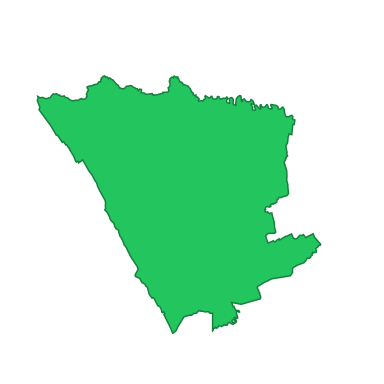 Phra Phrom, Nakhon Si Thammarat, Thailand (Natural Earth projection), rotated 162°
{"feature_id": "78962969B31932959470033", "entity_name": "Phra Phrom", "entity_type": "district", "adm_level": 2, "iso_a3": "THA", "parent_name": "Thailand", "parent_adm1": "Nakhon Si Thammarat", "projection": "natural_earth1", "projection_center": [99.929, 8.325], "detail": "fine", "context": "isolated", "style": "filled", "palette": "green", "viewbox_px": 384, "rotation_deg": 162, "n_neighbors": 0, "source": "geoboundaries", "source_scale": "gbopen_adm2", "svg_char_len": 5977}
<svg xmlns="http://www.w3.org/2000/svg" viewBox="0 0 384 384"><g transform="rotate(162 192 192)"><path d="M309.2,330.6L309.3,329.0L310.9,326.7L310.5,319.4L312.1,317.6L305.9,298.9L303.5,288.0L302.4,287.8L300.1,279.3L298.4,279.6L297.5,275.7L296.6,275.6L295.9,272.5L294.9,271.5L295.4,270.8L293.4,262.2L293.1,257.4L292.7,256.1L291.0,256.5L290.7,254.7L286.0,256.3L283.5,243.7L281.9,239.5L280.7,232.5L279.9,230.4L280.0,226.7L279.3,221.4L277.2,210.7L277.6,208.3L279.0,204.7L279.0,203.4L280.5,201.9L279.0,198.9L278.2,194.4L278.2,191.4L277.5,189.1L275.9,186.2L276.2,183.0L275.6,180.5L273.7,178.5L274.2,175.9L274.0,174.2L274.3,172.9L273.3,169.8L272.7,164.2L272.9,162.5L272.2,161.5L271.7,159.4L270.3,149.5L267.1,138.0L267.0,135.1L271.4,131.1L272.0,129.6L271.3,128.5L268.8,126.4L268.1,125.0L267.9,122.7L267.2,120.7L266.5,120.4L265.3,118.9L265.0,118.0L265.3,117.2L264.1,115.6L263.9,114.6L264.3,107.9L262.7,103.3L261.4,103.5L261.0,103.0L259.8,95.0L259.2,93.9L258.0,92.9L257.5,89.9L257.8,87.2L257.2,86.3L256.0,86.7L255.6,85.6L255.5,84.6L256.6,84.2L254.4,69.2L254.1,63.7L253.0,63.7L250.3,64.8L247.2,68.1L238.1,75.8L232.9,75.6L230.4,74.9L228.2,75.9L225.1,75.4L222.2,77.0L221.9,76.6L220.7,76.5L220.5,75.9L218.5,75.2L216.5,73.8L213.9,73.3L213.0,72.6L212.9,71.7L212.2,71.1L209.9,70.3L215.3,53.6L214.7,53.9L213.7,55.7L211.9,55.4L211.4,56.1L210.5,54.8L208.9,55.5L208.0,56.4L206.1,55.8L205.4,54.9L202.6,55.5L202.4,56.0L201.4,54.9L200.7,54.7L200.3,55.1L199.5,54.6L198.2,56.3L197.6,56.5L196.5,56.0L194.0,53.4L191.8,54.0L192.4,54.4L192.7,55.1L193.6,55.5L193.8,57.2L193.6,57.6L192.8,57.9L191.0,57.3L191.3,56.3L190.8,56.0L191.0,55.4L190.2,54.6L189.7,55.2L189.9,57.3L190.8,58.6L190.8,59.3L189.1,59.2L189.0,58.4L188.2,57.9L187.4,58.2L187.1,60.7L187.5,62.0L186.5,64.5L185.3,64.3L184.4,63.1L183.8,63.2L184.0,64.4L184.6,65.1L186.0,65.4L187.1,66.5L187.5,70.3L188.3,70.3L188.5,70.7L188.3,73.1L188.5,74.7L179.9,70.0L160.0,69.3L159.2,70.7L159.0,72.7L159.3,73.5L158.8,75.3L159.3,76.0L159.1,77.2L159.5,80.4L159.2,81.7L151.9,83.5L143.0,84.8L124.3,81.9L121.3,84.3L120.2,87.8L118.9,88.9L114.2,89.9L107.4,90.1L105.3,91.3L102.7,93.7L101.3,92.6L99.5,93.0L99.3,94.0L97.1,94.8L96.7,96.6L96.1,97.2L95.5,96.5L94.9,96.9L93.4,96.3L92.4,96.4L91.9,97.6L92.0,99.3L91.6,100.0L88.8,101.1L88.3,101.9L86.5,101.7L85.8,102.6L89.5,111.3L89.6,114.9L98.0,113.5L99.2,117.1L101.4,116.7L101.6,117.0L102.9,117.5L106.5,115.3L108.7,115.5L109.3,116.4L109.9,116.6L110.3,121.4L116.5,120.5L116.7,120.9L123.5,119.2L123.6,120.6L126.8,119.8L127.8,119.0L128.9,119.1L129.7,120.6L133.0,120.0L135.6,120.2L135.6,127.5L132.5,129.1L126.6,127.4L125.1,127.5L124.7,128.4L124.5,132.3L123.2,137.7L122.8,145.8L122.5,147.3L124.0,147.8L125.1,147.6L125.8,148.4L126.2,149.8L128.3,150.1L128.6,152.2L127.4,152.4L127.4,153.9L126.2,154.9L124.9,154.9L122.9,153.6L122.2,153.8L122.1,154.3L121.4,154.3L121.6,155.0L120.2,155.9L118.9,156.0L118.7,155.3L115.3,155.8L114.4,156.4L113.8,158.1L112.4,158.6L111.0,160.0L109.0,159.1L108.1,159.4L102.8,159.2L100.7,160.6L99.1,168.0L98.6,168.9L98.3,173.9L96.7,178.0L95.3,183.2L95.2,190.2L95.5,191.1L95.0,192.0L92.7,194.1L92.6,195.3L91.7,195.4L91.3,196.4L90.0,196.6L90.1,199.4L89.4,200.1L88.6,206.7L85.8,209.4L83.3,215.3L82.6,215.8L81.7,217.4L79.4,215.7L75.7,224.1L74.9,225.0L74.0,224.6L71.9,228.6L73.7,230.2L73.7,230.9L72.8,232.7L73.4,234.1L75.4,234.1L76.8,233.7L79.2,234.4L79.6,237.5L78.8,242.4L79.3,244.6L80.0,244.7L82.1,243.6L83.8,243.8L84.2,244.5L83.9,246.5L84.8,248.1L89.7,250.8L90.2,250.5L90.3,249.5L89.7,247.0L90.5,246.6L92.4,247.1L93.5,248.4L93.2,250.4L93.5,251.9L94.2,251.9L96.2,250.5L98.1,250.5L99.6,252.0L99.2,253.3L99.6,253.8L100.2,253.7L100.9,252.6L100.6,251.1L100.8,249.9L101.7,249.7L104.2,254.9L105.6,254.5L106.3,253.7L105.9,251.2L106.2,250.6L107.0,250.4L108.7,251.0L109.1,251.6L108.1,253.8L108.9,257.2L107.4,257.3L106.3,256.0L105.7,255.9L105.8,259.8L107.3,261.7L108.7,260.2L109.8,260.0L112.4,261.2L113.6,264.5L114.9,264.3L116.1,262.8L116.6,262.7L116.7,263.6L115.8,268.2L116.7,269.0L118.9,268.4L120.9,267.2L123.1,262.7L123.1,261.2L123.6,261.0L125.0,261.8L125.5,262.5L125.4,263.9L124.1,267.2L124.9,269.5L126.3,269.7L127.7,269.2L128.8,264.7L129.5,264.9L131.0,266.3L131.2,267.1L130.6,268.9L128.9,269.9L129.5,271.6L131.1,270.7L133.4,271.6L135.9,271.2L136.6,272.0L136.9,274.3L137.8,274.9L138.6,274.7L139.2,273.1L142.7,273.5L143.2,274.1L143.6,276.9L144.3,277.1L145.4,276.2L146.5,275.9L149.5,279.5L150.2,278.8L150.2,277.3L150.6,276.4L152.3,276.3L153.5,275.1L155.0,276.0L157.4,276.1L157.7,277.2L156.5,278.0L156.5,278.5L157.4,280.6L158.8,281.0L158.3,283.1L159.8,283.0L160.7,284.0L160.3,285.8L161.3,287.0L161.9,291.3L162.7,292.5L162.9,293.7L165.1,295.7L167.1,296.8L167.2,298.4L168.2,299.9L169.4,300.4L169.8,303.7L170.6,304.5L169.8,305.5L170.5,306.1L172.1,306.3L173.0,307.7L173.4,307.7L174.4,306.5L175.6,307.5L178.1,306.5L178.4,304.7L179.4,304.5L179.4,301.4L179.9,300.2L181.2,299.0L182.5,298.5L182.5,297.2L183.1,294.9L184.5,294.5L188.9,295.8L189.5,294.9L197.9,295.6L198.3,296.3L199.5,296.6L199.4,297.9L205.5,299.0L206.7,300.8L209.5,302.0L208.4,305.2L210.1,306.0L211.7,305.0L212.1,307.1L213.6,307.7L213.6,308.2L215.9,310.4L216.4,311.6L217.8,312.3L219.9,312.3L221.6,312.9L224.2,311.3L226.6,311.8L227.9,313.0L228.9,313.4L229.1,316.2L230.5,317.8L232.7,323.2L233.3,323.4L234.8,325.7L235.5,326.0L236.3,325.5L236.3,326.3L237.2,327.0L237.3,327.7L238.5,327.9L238.6,328.5L239.2,328.9L239.3,329.4L241.0,329.4L242.1,328.5L243.1,328.4L243.2,327.4L244.1,326.8L244.7,325.1L246.4,325.6L248.8,323.9L252.4,324.4L253.2,324.0L258.2,324.6L259.4,324.3L259.6,323.3L259.0,322.4L259.3,320.4L260.2,320.2L261.4,318.4L262.3,317.8L262.0,315.4L262.9,315.1L264.0,313.9L265.6,313.5L267.4,314.0L268.0,315.0L268.6,315.1L272.8,314.4L274.0,315.3L276.9,315.5L278.5,316.3L280.0,317.8L280.9,319.7L283.2,321.1L283.9,323.0L285.5,322.8L287.5,323.9L287.9,325.1L289.2,325.4L289.6,326.5L290.7,327.4L292.5,327.4L293.6,328.2L295.6,327.2L298.0,325.4L299.4,325.8L300.5,325.6L302.6,326.2L304.8,328.1L307.3,328.5L309.2,330.6Z" fill="#22c55e" stroke="#15803d" stroke-width="1.5"/></g></svg>